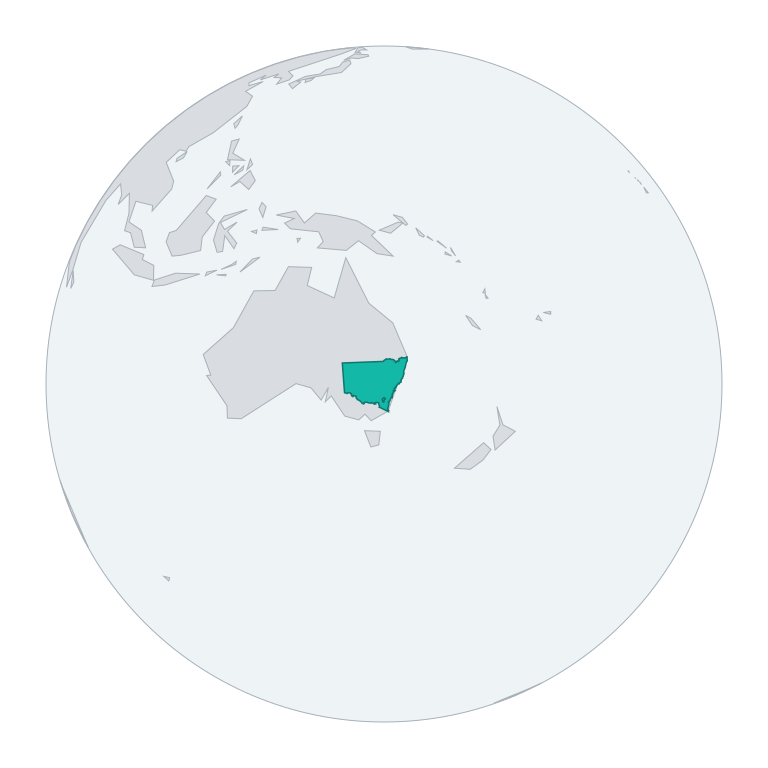 New South Wales highlighted on a globe, orthographic projection
{"feature_id": "AUS-2654", "entity_name": "New South Wales", "entity_type": "State", "adm_level": 1, "iso_a3": "AUS", "parent_name": "Australia", "parent_adm1": "", "projection": "orthographic", "projection_center": [149.115, -32.83], "detail": "fine", "context": "on_globe", "style": "filled", "palette": "teal", "viewbox_px": 768, "rotation_deg": 0, "n_neighbors": 0, "source": "natural_earth", "source_scale": "10m", "svg_char_len": 10217}
<svg xmlns="http://www.w3.org/2000/svg" viewBox="0 0 768 768"><circle cx="384" cy="384" r="338" fill="#eef3f6" stroke="#a8b0b8"/><path d="M550.7,311.5L550.7,314.0L550.3,314.2L550.7,311.5ZM516.3,694.9L509.0,697.9L512.9,696.2L514.9,695.2L512.5,695.9L527.8,689.1L541.0,683.2L541.4,683.0L516.3,694.9ZM646.5,193.0L643.7,187.1L648.3,192.8L646.5,193.0ZM640.1,182.3L641.5,184.6L639.9,182.4L640.1,182.3ZM637.7,180.0L639.4,181.7L637.6,180.3L637.7,180.0ZM634.6,177.5L636.2,178.6L634.6,177.5ZM629.1,172.2L627.7,170.7L628.9,171.1L629.1,172.2ZM499.6,700.7L525.2,690.2L512.0,696.0L509.5,697.6L493.7,703.3L499.6,700.7ZM427.9,48.9L427.8,49.1L412.4,49.1L405.9,46.8L406.6,46.8L427.9,48.9ZM348.3,48.0L336.8,49.5L352.3,47.9L356.1,48.4L339.9,54.4L288.4,71.4L293.0,75.8L289.3,79.9L276.7,84.1L281.6,77.9L274.1,77.5L278.9,73.9L260.3,79.9L266.2,75.1L248.9,82.9L249.0,85.6L263.2,81.5L245.6,91.3L252.5,96.2L246.8,106.4L213.3,132.7L188.9,146.6L186.0,151.2L179.7,149.7L166.2,162.4L173.7,181.1L171.7,189.0L152.1,211.1L152.6,205.4L135.9,201.3L128.9,221.9L141.4,230.3L145.6,247.8L134.3,247.2L130.5,232.7L124.6,230.7L129.0,213.1L129.4,193.3L118.2,204.4L121.7,194.9L120.6,183.9L106.0,200.3L81.0,242.5L73.1,269.1L66.5,287.3L69.4,261.9L75.9,245.3L87.0,222.7L99.9,201.1L114.2,180.5L130.1,161.0L147.4,142.7L166.0,125.8L185.8,110.3L206.7,96.3L228.6,83.9L251.3,73.2L274.8,64.2L298.9,57.0L323.5,51.5L348.3,48.0ZM163.9,576.4L169.6,577.7L168.8,581.0L163.9,576.4ZM60.2,480.5L61.6,485.1L84.3,538.3L88.3,547.1L83.9,539.4L70.7,510.5L60.2,480.5ZM216.6,274.9L226.0,274.3L225.8,275.9L216.6,274.9ZM206.7,272.1L217.0,270.1L205.3,275.8L206.7,272.1ZM221.1,269.4L231.7,264.5L236.2,261.3L235.7,264.4L221.1,269.4ZM199.9,274.0L165.1,285.0L152.0,286.5L154.5,280.0L175.6,273.2L199.9,274.0ZM153.5,280.3L134.3,274.8L112.5,249.2L120.2,244.8L143.9,254.6L142.3,259.5L153.8,265.4L153.5,280.3ZM202.2,237.0L200.6,250.5L180.8,255.3L172.1,256.1L166.1,241.9L169.4,232.7L176.3,230.4L206.3,195.5L216.1,199.2L206.2,212.5L214.5,221.1L202.2,237.0ZM73.2,270.8L73.8,282.2L70.7,288.5L73.2,270.8ZM220.8,175.1L207.1,188.9L220.3,171.9L220.8,175.1ZM230.0,160.6L229.7,165.7L225.7,161.7L230.0,160.6ZM183.5,157.8L176.1,161.7L177.0,158.4L187.2,151.5L183.5,157.8ZM242.4,115.9L238.0,124.8L235.1,128.3L233.8,123.7L242.4,115.9ZM483.6,442.7L491.0,449.5L483.0,460.0L470.2,469.3L454.5,468.2L483.6,442.7ZM370.9,447.0L364.5,430.7L380.3,431.3L378.8,444.9L370.9,447.0ZM493.0,436.2L499.9,425.1L496.9,406.5L502.9,424.8L515.3,431.3L495.1,450.0L493.0,436.2ZM296.0,383.6L241.2,418.7L227.4,418.1L227.0,405.8L206.6,375.5L210.8,375.1L203.2,354.5L233.4,327.7L253.8,290.9L275.1,290.5L288.4,266.7L311.7,267.4L307.2,285.5L334.2,298.0L345.8,257.7L368.8,303.2L392.8,322.9L407.2,356.7L388.1,411.1L371.2,420.7L365.0,414.2L358.7,419.9L344.8,416.1L331.2,395.9L325.3,401.8L328.4,387.4L321.1,400.1L311.1,387.9L296.0,383.6ZM465.7,315.4L470.8,318.2L480.7,329.7L472.4,325.5L465.7,315.4ZM538.2,315.3L541.8,320.8L536.1,319.2L538.2,315.3ZM550.3,314.2L543.3,312.5L550.7,311.5L550.3,314.2ZM485.0,294.3L488.1,298.1L486.2,298.5L485.0,294.3ZM482.8,292.6L484.9,288.8L485.3,293.5L482.8,292.6ZM456.3,261.7L458.8,260.1L460.3,262.2L456.3,261.7ZM240.0,272.0L252.5,259.0L260.0,257.2L240.0,272.0ZM451.7,256.0L444.9,254.0L445.3,251.9L451.7,256.0ZM451.5,250.8L450.5,247.4L455.6,255.9L451.5,250.8ZM437.8,240.8L446.6,248.2L437.0,241.3L437.8,240.8ZM433.1,240.6L427.1,237.0L427.4,236.2L433.1,240.6ZM371.4,235.4L393.1,256.1L377.0,253.6L358.5,240.7L346.3,250.4L317.4,247.9L323.2,241.5L318.7,231.8L290.4,228.8L284.6,223.1L294.2,218.5L276.3,215.0L295.8,211.0L304.4,223.0L315.7,213.1L336.4,215.7L357.4,220.9L375.4,232.0L371.4,235.4ZM297.0,238.4L300.5,238.3L297.7,242.3L297.0,238.4ZM415.7,227.8L424.4,235.7L423.5,237.1L419.4,235.3L415.7,227.8ZM379.3,230.2L398.2,222.1L403.0,223.0L390.6,233.2L379.3,230.2ZM393.1,214.7L402.4,217.4L407.6,224.1L405.8,225.4L393.1,214.7ZM257.0,230.0L256.4,233.6L251.5,231.5L257.0,230.0ZM263.2,227.2L278.2,229.5L261.9,230.3L263.2,227.2ZM220.5,222.5L224.5,229.5L237.1,222.1L227.5,231.2L236.7,243.0L234.0,248.7L224.8,235.6L222.6,251.4L217.1,252.3L213.5,240.0L218.7,223.5L224.2,216.1L247.3,209.5L220.5,222.5ZM262.8,217.5L259.0,208.8L262.0,202.5L266.1,206.7L262.8,217.5ZM248.7,189.5L239.9,181.5L230.8,186.8L250.1,170.5L255.3,180.6L248.7,189.5ZM242.8,170.1L234.2,174.8L243.7,165.9L242.8,170.1ZM232.5,172.2L232.7,166.1L238.9,165.7L232.5,172.2ZM247.0,169.7L250.4,158.9L252.6,164.5L247.0,169.7ZM232.8,153.2L244.4,160.3L227.5,159.7L231.6,141.1L239.2,139.0L232.8,153.2ZM305.1,82.5L305.9,79.2L314.1,77.8L311.2,80.4L305.1,82.5ZM341.4,72.5L316.5,76.5L296.7,81.2L300.7,82.1L292.5,88.7L288.8,84.0L305.8,76.3L320.1,74.0L326.3,69.6L339.3,66.5L342.8,62.0L349.8,60.1L351.0,63.7L341.4,72.5ZM343.8,60.3L354.6,54.0L368.0,54.7L368.7,56.2L358.0,58.6L351.6,58.0L343.8,60.3ZM361.1,52.9L355.0,52.6L357.9,47.8L361.9,47.2L366.7,49.9L361.2,49.9L358.1,51.3L361.1,52.9Z" fill="#d9dde1" stroke="#a8b0b8" stroke-width="1"/><path d="M406.8,356.9L406.9,357.1L407.1,357.1L407.2,357.6L407.0,359.0L407.1,359.5L407.3,359.9L407.3,360.3L407.2,360.5L407.2,361.1L406.5,361.9L406.3,362.4L406.3,362.8L406.1,362.9L405.8,363.5L405.7,363.8L405.8,364.2L405.8,364.4L405.8,364.6L405.6,365.2L405.5,366.0L405.3,366.4L405.4,366.7L405.3,366.9L405.2,367.4L404.9,367.9L404.8,368.5L404.5,369.2L404.5,369.4L404.4,369.6L403.9,370.6L403.6,372.0L403.7,372.6L403.8,372.9L403.9,373.0L404.0,372.9L404.1,373.2L403.9,373.5L403.8,373.8L403.9,374.0L403.5,374.5L403.4,375.0L403.4,375.5L403.1,375.9L403.1,376.0L403.2,376.3L402.7,376.9L402.7,377.1L402.7,377.3L402.4,377.7L402.5,377.9L402.2,378.2L402.1,378.4L402.2,378.5L401.5,379.1L401.1,379.6L401.2,379.8L401.0,380.0L400.9,380.3L401.2,380.7L401.0,381.0L401.1,381.3L400.9,381.8L401.0,382.0L400.3,382.2L399.8,382.6L399.8,382.8L399.5,382.9L399.3,383.2L399.2,383.3L399.4,383.4L399.0,383.2L398.6,383.4L398.8,383.6L399.3,383.6L399.2,383.8L398.8,384.0L398.6,383.9L398.2,384.0L397.7,384.3L397.3,384.5L397.0,385.0L397.0,385.3L396.6,385.5L396.4,386.3L396.1,386.6L396.1,386.9L395.8,387.1L396.0,386.8L395.8,386.7L395.5,386.9L395.6,387.1L395.6,387.3L395.7,387.1L395.8,387.3L395.5,387.7L395.5,388.0L395.4,388.0L395.0,388.3L394.7,388.4L394.5,388.2L394.4,388.3L394.4,388.5L394.5,388.5L394.4,388.7L394.5,388.7L394.8,388.5L394.7,388.9L394.9,388.6L394.9,388.8L394.8,389.2L394.7,389.4L394.8,389.5L394.7,390.0L394.4,390.2L394.5,390.3L394.6,390.2L394.6,390.6L394.4,391.0L394.2,390.8L394.0,391.0L393.7,391.0L393.9,391.2L394.0,391.1L394.3,391.1L394.0,391.3L393.9,391.5L394.1,391.5L393.3,392.2L393.0,392.5L392.8,392.9L392.8,393.1L392.7,393.6L392.8,393.8L392.5,394.2L392.4,394.0L392.2,394.2L392.7,394.5L392.3,395.6L392.1,395.7L391.9,396.0L392.0,396.3L391.9,396.4L392.1,396.5L392.0,396.8L392.4,397.0L392.3,397.3L392.2,397.5L392.0,397.3L392.1,397.2L392.1,396.9L391.6,397.0L391.5,397.3L391.7,397.6L391.3,397.7L391.2,398.0L390.9,398.1L390.9,398.3L390.7,398.5L390.6,398.8L390.6,399.0L390.2,399.6L390.2,400.1L389.6,401.1L389.3,401.0L389.2,401.1L389.3,401.2L389.4,401.7L389.1,401.9L388.9,402.1L389.0,402.5L388.9,403.1L388.7,403.0L388.9,403.4L388.8,403.7L388.9,404.2L388.9,404.3L388.9,404.6L388.5,405.1L388.6,405.4L388.5,405.7L388.5,406.0L388.2,406.7L388.1,407.2L387.8,407.6L387.7,408.0L387.9,408.3L387.8,408.6L387.9,409.0L387.6,409.2L387.7,409.3L387.9,409.3L388.2,409.5L388.2,409.9L388.4,410.2L388.1,410.1L387.9,410.3L388.0,410.6L387.9,411.0L388.1,411.5L379.8,407.4L379.3,407.3L379.7,406.7L379.7,406.3L379.7,406.2L379.4,406.0L379.4,405.7L379.3,405.4L379.0,405.1L379.1,404.7L378.8,404.1L378.9,403.7L378.6,403.4L378.7,403.1L378.4,403.0L378.3,402.8L377.3,402.4L376.6,402.7L376.4,402.5L376.2,402.4L375.9,402.5L375.7,402.6L375.6,402.8L375.5,403.2L375.4,403.1L374.8,403.2L374.6,403.0L374.3,403.4L374.4,403.8L374.5,403.9L374.9,404.1L374.5,404.2L374.1,403.8L374.1,403.4L373.9,403.3L373.7,403.5L373.3,403.3L373.2,403.4L373.0,403.2L372.8,403.2L372.4,403.1L372.1,402.8L371.7,402.8L371.5,402.7L371.4,402.8L371.2,402.8L370.9,403.2L370.3,403.1L370.2,403.1L369.4,403.0L369.1,403.0L368.9,402.7L368.1,402.8L367.9,402.7L367.1,402.1L366.7,402.0L366.1,402.3L365.9,402.3L365.4,402.2L364.4,402.3L364.2,402.5L364.2,402.8L364.1,403.1L364.3,403.4L364.3,403.5L363.9,403.5L363.5,403.9L363.2,403.9L362.9,403.6L362.5,403.5L362.0,402.9L361.8,402.9L361.6,402.7L361.2,401.9L360.9,401.7L360.5,401.4L360.4,401.3L360.0,400.8L359.5,400.7L359.4,400.5L359.0,400.3L358.4,399.9L357.8,399.8L357.4,399.6L357.4,399.4L357.5,399.3L357.4,399.0L357.2,398.8L356.8,398.8L356.6,398.6L356.3,398.2L356.1,397.3L356.1,397.1L356.1,396.9L356.2,396.4L355.8,396.4L355.7,396.1L355.1,395.8L354.6,395.8L354.4,395.7L354.3,395.8L354.1,395.7L353.8,395.8L353.7,395.5L353.4,395.3L353.1,395.4L352.9,395.9L352.9,396.2L352.6,396.2L352.7,396.5L352.3,396.4L352.1,396.3L352.1,396.1L351.8,395.7L351.4,395.1L351.3,394.5L351.4,394.0L351.4,393.9L351.1,394.0L350.9,393.8L350.7,393.6L350.5,393.1L350.3,393.1L350.1,393.0L349.8,393.0L349.6,392.7L348.6,392.9L348.1,392.8L347.9,392.8L347.6,393.1L347.3,393.5L347.2,393.5L347.0,393.2L346.8,393.2L346.4,393.1L346.1,393.2L345.7,392.8L345.4,392.9L345.1,392.7L344.7,392.8L344.5,392.5L342.3,363.0L383.3,361.4L383.7,361.1L383.9,360.5L384.3,360.4L384.8,359.9L385.6,359.6L385.9,359.0L386.5,358.9L386.6,359.1L387.0,359.2L387.3,359.1L388.7,359.1L389.4,358.8L389.9,358.8L390.1,358.7L390.9,359.4L391.8,359.5L392.7,359.4L393.4,359.7L393.6,359.9L394.0,360.0L394.1,360.5L394.6,360.6L395.2,361.1L395.3,361.5L395.3,362.1L395.5,362.3L395.5,362.5L395.9,362.5L396.2,362.1L396.4,361.9L396.4,361.6L396.6,361.3L397.1,361.1L397.5,360.9L397.7,361.3L398.0,361.5L398.2,361.1L398.5,361.2L399.0,361.0L399.1,360.5L399.2,360.1L399.3,359.9L398.9,359.5L398.9,359.2L398.7,359.0L398.8,358.9L399.8,358.3L400.2,358.3L400.5,358.1L401.0,358.0L401.1,357.9L401.2,357.6L401.5,357.4L401.7,357.5L401.8,357.7L401.9,357.8L402.1,357.8L402.2,357.6L402.4,357.7L402.9,358.0L403.1,358.0L403.5,357.8L403.9,357.9L404.7,358.0L405.0,357.7L405.9,357.4L406.0,357.5L406.8,356.9ZM385.1,398.9L385.3,398.9L385.4,398.7L384.6,398.4L384.6,398.2L384.4,398.1L384.3,397.8L384.1,397.6L382.5,398.7L382.3,399.7L382.4,400.2L382.4,400.6L382.4,400.8L382.5,401.0L382.8,401.1L383.0,401.7L383.1,402.0L383.7,402.2L383.9,401.9L384.0,401.0L383.9,400.4L384.1,400.2L384.2,399.8L384.1,399.6L384.1,399.4L384.4,399.0L384.6,399.1L384.8,398.9L385.1,398.9Z" fill="#14b8a6" stroke="#0f766e" stroke-width="1.5"/></svg>